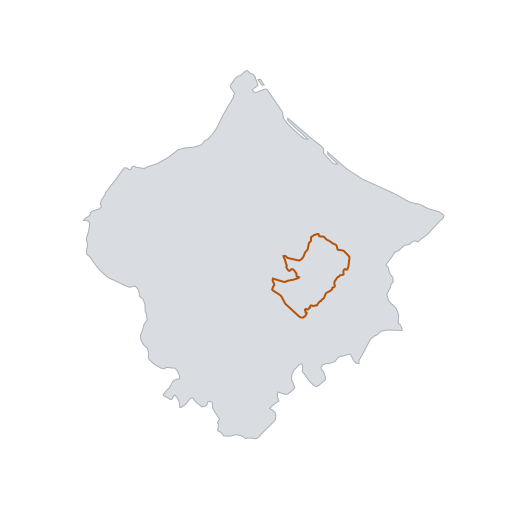 Ivory Coast, with Haut-Sassandra highlighted, rotated 226°
{"feature_id": "CIV-3446", "entity_name": "Haut-Sassandra", "entity_type": "Department", "adm_level": 1, "iso_a3": "CIV", "parent_name": "Ivory Coast", "parent_adm1": "", "projection": "mercator", "projection_center": [-6.612, 7.016], "detail": "fine", "context": "in_parent", "style": "outline", "palette": "amber", "viewbox_px": 512, "rotation_deg": 226, "n_neighbors": 0, "source": "natural_earth", "source_scale": "10m", "svg_char_len": 6327}
<svg xmlns="http://www.w3.org/2000/svg" viewBox="0 0 512 512"><g transform="rotate(226 256 256)"><path d="M132.2,121.5L133.7,121.5L137.6,120.3L141.1,117.7L144.4,112.2L148.9,107.8L153.9,108.2L155.4,107.4L157.2,107.2L159.3,110.1L161.4,112.3L162.9,112.4L164.1,116.5L173.3,118.3L177.2,119.4L180.5,122.5L181.7,122.5L183.1,121.9L184.1,120.8L184.4,119.7L182.9,116.9L183.6,114.5L185.0,112.2L187.4,112.1L191.0,111.5L195.1,111.5L198.1,111.9L199.3,109.7L198.2,103.5L198.5,100.1L199.0,97.2L200.1,96.0L204.7,99.6L208.8,100.9L211.8,101.0L212.6,100.4L211.4,96.4L211.7,95.2L212.8,94.5L214.8,94.1L220.1,92.5L220.6,92.8L221.6,99.1L221.2,101.1L222.3,105.3L223.7,109.3L223.6,110.8L222.4,113.3L221.1,115.5L221.2,116.4L223.4,117.9L227.4,119.5L231.6,119.9L233.9,117.6L236.4,115.7L238.1,114.1L238.6,111.6L241.3,109.8L248.9,107.6L255.9,107.2L257.6,107.9L260.8,111.4L264.8,113.7L270.9,113.4L275.3,114.8L279.1,117.5L281.7,123.3L284.5,127.5L285.7,133.5L290.2,136.7L293.6,138.1L298.3,142.5L303.2,144.7L308.3,144.2L310.6,146.5L314.4,148.1L318.2,148.2L321.5,143.2L325.8,141.2L336.9,137.2L341.3,135.4L345.7,134.2L356.3,133.8L366.2,135.1L371.2,136.0L374.5,135.3L377.7,137.7L381.0,142.7L383.7,144.3L386.5,146.1L388.5,150.0L390.9,153.9L392.2,155.7L395.2,159.5L397.7,159.6L400.3,157.9L401.3,156.7L401.8,159.2L400.8,163.4L401.0,165.9L402.4,166.9L401.7,170.2L398.8,175.8L398.7,179.2L401.6,180.2L403.7,183.7L404.9,189.7L406.2,191.7L406.3,193.0L408.4,207.6L411.0,222.2L409.4,224.1L407.1,224.6L405.6,225.3L405.2,226.7L406.2,228.7L405.5,230.5L402.7,231.7L396.6,236.4L396.1,238.2L394.5,242.2L393.2,244.6L391.2,249.0L388.0,260.9L386.8,270.7L386.6,273.7L385.4,275.8L384.0,278.8L377.3,287.2L373.9,294.0L374.3,297.0L374.5,300.0L373.5,302.1L373.7,307.9L374.5,312.8L375.7,317.5L380.5,331.0L383.0,339.1L384.6,345.7L386.0,350.1L387.3,351.9L387.8,353.6L395.0,354.8L396.4,355.8L398.3,364.3L398.0,368.2L396.6,369.6L396.6,372.9L396.3,377.0L395.3,378.6L391.2,378.8L388.5,380.3L384.9,379.7L384.6,378.7L382.6,378.4L377.3,376.0L378.2,368.6L375.7,368.3L373.8,369.3L370.0,378.2L368.2,379.7L341.6,375.1L335.8,371.4L328.9,370.6L316.9,371.0L306.9,372.1L304.1,374.4L329.2,373.0L331.9,373.3L333.1,374.7L301.4,377.6L289.3,379.3L285.7,378.9L283.0,376.0L269.8,375.7L267.1,376.6L265.5,378.7L270.7,378.3L278.9,378.1L281.1,379.7L255.5,381.8L237.7,385.8L230.2,388.8L205.5,398.6L190.4,403.2L186.4,404.9L179.6,409.6L170.8,412.6L160.9,418.2L154.8,419.5L153.5,417.7L153.3,408.2L152.5,395.5L152.8,390.7L153.6,386.1L153.6,382.3L156.6,380.9L157.4,379.3L157.9,374.3L160.7,369.8L160.7,362.0L161.6,360.4L162.2,358.3L161.0,353.1L159.4,343.4L158.7,342.8L158.0,343.2L156.4,343.4L150.2,340.0L145.4,339.5L142.0,336.6L141.8,333.3L140.2,331.4L139.0,327.7L137.3,323.3L132.6,320.7L128.2,320.1L125.0,320.6L121.3,320.5L117.1,319.0L114.1,317.4L111.4,314.2L108.8,311.7L106.8,312.0L104.3,311.4L101.8,310.2L101.0,309.4L111.3,299.3L114.8,294.3L115.2,291.3L115.2,288.3L116.3,285.1L116.6,280.4L110.9,263.1L109.5,257.7L107.9,256.1L107.0,255.5L109.8,253.3L113.8,253.9L119.9,255.6L121.2,253.9L125.8,245.2L125.7,241.9L125.2,239.7L127.9,233.7L130.1,231.4L131.2,228.8L130.8,225.4L129.2,224.2L127.1,224.4L124.5,223.6L120.6,221.6L118.7,219.9L119.3,211.9L119.6,209.5L121.0,208.1L123.2,207.7L129.2,207.4L134.1,208.3L138.4,208.9L140.7,208.9L142.5,211.2L145.0,213.6L147.1,213.6L147.9,211.8L147.4,204.0L145.9,199.8L142.7,195.9L134.2,192.4L134.0,187.7L134.8,182.5L136.7,180.6L143.0,177.3L141.9,175.6L139.8,173.7L135.8,171.8L136.8,165.6L137.0,160.1L133.6,160.7L130.1,161.0L127.2,159.3L124.7,155.9L124.3,146.7L124.3,136.0L123.8,131.3L124.7,128.8L127.7,126.5L131.0,123.5L132.2,121.5ZM381.5,379.9L380.1,381.9L373.4,380.6L375.0,378.9L381.5,379.9Z" fill="#d9dde1" stroke="#a8b0b8" stroke-width="1"/><path d="M179.7,252.9L179.4,252.5L178.8,250.2L178.5,249.4L178.8,248.9L178.9,248.4L178.9,247.9L178.9,247.3L180.1,246.0L181.2,245.3L182.7,245.0L201.3,243.9L208.9,246.1L210.0,246.2L211.6,246.1L219.1,244.3L220.7,244.3L221.3,245.7L221.9,246.7L222.0,246.9L222.1,247.2L222.3,248.8L222.5,249.1L222.9,249.4L224.9,250.2L226.2,250.6L227.1,251.2L228.0,252.5L218.1,258.0L217.4,258.5L216.8,259.7L216.5,261.0L215.8,262.2L213.1,266.2L210.7,271.1L210.8,272.2L212.0,271.7L212.5,271.4L213.2,271.2L213.6,271.3L214.1,271.7L214.5,272.1L214.8,272.5L215.1,272.8L215.6,273.0L216.4,273.0L218.1,273.3L219.4,273.4L220.5,273.3L221.5,273.0L221.8,272.3L222.0,271.5L221.9,270.0L222.0,269.7L222.6,269.4L222.9,269.3L223.6,269.3L224.6,269.4L226.9,270.0L227.3,270.5L227.5,271.2L227.7,271.4L227.8,271.6L228.2,271.7L229.5,272.2L231.8,273.5L232.4,273.7L233.4,274.5L233.5,274.5L234.8,274.7L236.8,275.7L236.3,276.3L236.1,276.5L236.0,276.9L235.7,277.1L235.0,277.2L233.5,277.3L232.4,277.5L223.3,283.5L222.6,284.1L222.4,285.0L222.2,285.9L222.2,287.7L222.3,288.7L222.6,289.8L224.4,293.6L224.5,294.5L224.6,296.2L225.0,298.1L226.9,300.7L228.7,303.2L228.5,304.4L228.8,306.2L231.3,308.7L230.8,311.8L230.3,313.1L229.1,315.5L228.7,316.0L228.4,316.2L228.0,316.0L227.0,315.5L226.8,315.4L226.5,315.3L226.3,315.3L226.1,315.4L223.1,317.9L222.6,318.2L222.1,318.3L219.5,318.1L218.8,318.2L217.9,318.4L216.4,319.1L214.5,319.5L213.0,319.7L211.8,319.9L208.7,321.2L207.8,321.2L206.9,320.9L204.4,319.4L203.8,319.2L203.4,319.4L199.6,322.3L199.0,322.6L198.5,322.7L191.2,322.7L190.7,322.6L189.9,322.1L184.1,315.0L183.0,312.3L183.0,312.0L183.2,311.6L183.5,311.4L184.0,311.3L184.5,311.1L184.8,310.8L184.9,310.5L184.9,310.2L184.9,309.8L184.8,309.2L184.4,308.3L182.7,306.8L182.2,306.4L182.0,306.2L182.2,305.3L183.8,302.9L183.6,301.4L183.7,300.8L183.9,300.5L184.0,300.3L184.0,300.0L184.1,299.7L183.2,295.3L183.0,294.7L182.7,294.2L182.0,293.4L181.7,293.1L181.3,292.8L180.3,292.4L180.1,292.3L179.9,292.1L179.7,291.8L179.5,291.4L179.4,291.0L179.4,290.5L179.6,290.0L179.8,289.7L180.0,289.4L180.1,288.9L179.3,287.8L179.2,286.7L179.2,286.1L179.5,284.5L180.4,281.6L180.5,280.9L180.5,280.1L178.5,275.4L178.5,274.9L178.9,273.1L178.8,272.6L178.5,272.1L178.4,271.5L178.7,271.0L179.0,270.1L178.9,268.8L178.4,266.3L178.2,265.7L178.2,265.4L178.3,265.1L178.5,265.0L178.8,264.9L179.0,264.4L179.4,264.0L179.7,263.5L179.9,262.9L180.4,262.2L181.3,261.9L182.2,261.3L182.3,259.9L182.1,259.6L181.5,259.2L181.3,259.1L181.4,258.8L181.5,258.6L181.7,258.4L181.6,257.8L181.3,256.6L181.7,255.9L182.7,255.5L183.4,255.0L183.4,254.0L183.0,253.6L181.9,253.5L181.4,252.6L180.8,252.6L179.7,252.9Z" fill="none" stroke="#b45309" stroke-width="2"/></g></svg>